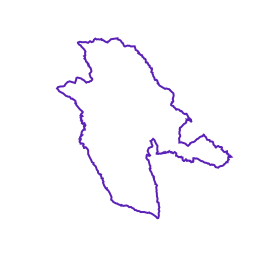 Santo Domingo, Antioquia, Colombia (orthographic projection), rotated 44°
{"feature_id": "7082276B22533299830679", "entity_name": "Santo Domingo", "entity_type": "district", "adm_level": 2, "iso_a3": "COL", "parent_name": "Colombia", "parent_adm1": "Antioquia", "projection": "orthographic", "projection_center": [-75.13, 6.474], "detail": "fine", "context": "isolated", "style": "outline", "palette": "violet", "viewbox_px": 256, "rotation_deg": 44, "n_neighbors": 0, "source": "geoboundaries", "source_scale": "gbopen_adm2", "svg_char_len": 5812}
<svg xmlns="http://www.w3.org/2000/svg" viewBox="0 0 256 256"><g transform="rotate(44 128 128)"><path d="M222.3,77.0L220.4,77.0L219.7,78.0L218.3,77.1L216.8,77.7L216.4,76.8L215.4,76.0L214.3,78.1L213.6,78.5L210.8,78.2L210.1,78.4L209.2,76.8L208.6,76.7L207.1,78.0L205.4,78.3L204.9,79.3L204.8,81.0L204.5,81.1L203.0,80.5L201.1,80.6L199.0,79.1L197.9,79.3L196.3,80.7L195.0,80.0L193.1,81.5L190.2,80.4L188.6,80.6L187.5,80.1L187.0,80.3L187.3,82.2L186.5,83.1L186.5,83.6L186.0,84.5L185.8,87.4L185.3,87.9L185.3,91.3L184.8,92.8L184.0,93.7L183.3,95.9L183.7,96.5L183.6,99.1L181.8,99.5L180.4,99.3L176.5,101.1L175.0,102.8L174.2,101.8L172.0,100.1L171.2,97.5L170.2,96.8L169.1,96.6L167.4,94.7L167.0,93.6L166.0,93.0L166.1,92.7L165.2,91.7L165.6,90.5L165.5,86.1L166.1,84.4L165.8,83.3L165.1,82.7L164.9,81.9L165.2,81.4L164.4,81.1L166.2,80.0L166.8,79.3L168.3,79.7L169.7,79.4L168.5,79.1L167.6,78.3L165.7,78.3L165.5,79.1L165.1,79.2L164.5,79.0L163.8,78.2L160.3,77.1L159.8,77.4L159.4,78.4L157.5,79.0L154.8,78.6L154.0,79.5L152.2,79.3L150.0,80.5L149.9,81.3L147.4,80.9L146.5,81.2L145.5,80.7L144.1,81.4L143.0,81.5L142.2,80.3L142.3,79.6L141.7,79.0L142.2,78.4L142.0,77.3L140.1,76.1L138.4,73.0L136.5,71.5L131.9,71.7L131.6,71.5L131.4,70.7L131.3,71.2L127.8,73.2L127.5,74.1L121.0,75.6L119.3,75.2L119.0,74.8L118.6,74.9L118.6,75.3L118.3,75.3L118.0,74.5L116.7,74.1L116.2,73.6L115.0,73.6L114.2,74.7L113.1,74.4L112.3,73.6L110.2,73.2L109.4,72.5L107.9,72.0L107.4,71.2L105.8,71.5L104.8,69.5L103.9,68.6L103.4,69.2L102.4,68.8L101.2,69.1L100.3,68.1L98.9,68.4L96.8,67.5L96.1,67.6L95.7,68.3L95.2,68.4L93.2,66.5L92.4,66.4L91.4,66.9L90.0,66.5L88.7,66.8L87.7,65.9L86.2,66.7L84.7,66.6L84.1,67.1L83.3,67.1L83.2,66.1L81.2,65.9L79.3,66.5L76.1,64.6L73.3,67.4L71.7,67.9L71.3,68.5L70.4,69.0L69.2,71.4L68.7,71.7L67.8,71.6L65.4,70.5L64.2,70.8L62.6,70.3L61.0,70.4L59.1,71.4L58.2,70.7L54.1,75.9L54.0,78.9L53.6,79.7L53.9,80.6L52.3,81.5L49.1,82.1L48.1,82.9L47.1,82.4L46.4,83.8L44.6,85.1L43.9,86.1L42.4,86.4L42.2,88.1L43.0,89.9L42.2,91.5L40.4,91.9L40.1,94.5L38.1,95.4L35.4,98.2L33.5,99.4L32.6,101.3L32.8,101.6L34.8,102.0L36.7,101.4L37.8,101.8L42.0,101.9L44.4,102.6L44.7,103.6L46.8,105.4L46.5,106.7L47.5,106.7L48.5,107.4L48.4,108.3L50.1,108.4L51.8,109.4L52.9,109.1L54.1,109.7L54.7,109.3L55.4,110.2L56.2,110.0L56.5,110.7L57.0,110.5L58.3,110.9L59.0,110.7L60.2,111.2L62.2,112.5L62.5,113.2L62.6,115.7L65.5,117.3L66.2,117.5L67.8,117.3L68.7,118.0L68.8,119.9L68.2,120.6L68.0,121.9L66.6,123.6L66.5,124.3L62.6,124.3L61.5,124.9L60.1,124.8L56.5,126.9L56.2,128.0L57.1,129.2L58.6,132.4L53.6,135.0L52.6,137.1L52.6,140.2L53.1,141.8L52.4,143.2L50.5,145.1L49.2,147.3L49.5,148.9L50.7,148.8L53.0,149.4L57.5,148.1L60.9,148.0L63.3,147.0L64.0,146.2L65.2,146.1L66.6,146.5L67.8,145.4L68.5,145.6L69.9,145.1L71.7,145.2L72.9,146.8L73.6,146.3L74.6,147.3L80.4,148.0L84.1,147.8L84.7,148.4L84.5,150.0L85.0,151.5L85.4,151.0L87.0,151.1L86.4,153.1L86.7,153.6L87.7,153.6L88.5,154.9L89.6,154.5L89.7,155.4L90.9,155.4L91.5,156.6L92.7,156.4L92.7,155.8L93.3,154.8L94.7,155.5L94.8,156.2L95.5,155.8L95.7,156.4L95.3,156.8L95.3,157.6L97.5,158.7L97.3,159.2L97.9,159.4L97.3,160.1L97.1,161.3L97.6,163.3L98.8,164.6L99.0,165.4L100.0,164.9L99.9,167.9L100.3,168.4L100.9,168.4L100.8,169.2L101.3,168.9L101.8,169.0L101.7,169.6L102.3,170.0L102.2,170.9L102.9,171.6L104.1,171.6L104.8,172.2L106.2,170.6L107.2,170.4L107.7,170.7L108.1,172.1L109.1,172.2L110.2,172.9L110.6,172.5L110.7,171.4L111.1,171.1L114.1,171.4L115.1,172.0L117.7,174.6L118.5,174.7L120.5,175.6L123.8,176.6L125.7,177.6L127.6,177.1L128.2,178.1L131.6,178.1L134.7,179.7L136.2,179.8L137.5,180.9L139.5,181.1L140.2,180.4L141.0,180.2L141.4,181.1L143.1,181.8L143.8,182.5L145.0,181.8L145.6,182.9L147.8,183.7L147.9,184.6L150.9,186.0L153.7,186.8L154.6,186.0L155.4,187.0L156.9,186.6L160.1,187.5L164.1,189.1L165.7,191.3L167.1,191.1L168.8,191.4L172.0,190.5L172.9,189.7L174.1,189.7L175.6,188.9L176.9,188.7L176.8,187.9L178.6,187.4L180.8,184.7L182.0,184.2L183.8,184.1L185.3,182.6L186.8,182.6L187.9,182.0L189.9,182.3L190.7,181.5L192.3,181.2L194.2,179.8L195.5,179.7L197.8,177.3L201.2,175.4L202.0,174.0L203.0,174.0L204.0,173.3L206.3,172.8L209.8,172.3L211.5,172.5L212.1,172.2L212.3,171.7L211.1,169.6L209.3,168.1L208.3,166.0L206.5,165.2L205.8,163.4L204.1,162.4L202.1,160.5L201.6,160.4L200.9,161.0L200.0,160.6L198.4,158.3L196.4,157.1L193.6,154.5L192.6,154.0L191.9,152.9L189.4,151.0L188.8,149.2L187.5,149.0L186.4,149.3L186.0,148.6L182.4,147.0L181.7,146.1L180.8,146.0L180.6,145.1L179.8,144.9L178.7,145.1L175.1,143.4L173.5,143.2L171.9,142.2L172.3,141.5L171.4,141.0L170.5,139.8L169.4,139.6L165.1,136.9L164.0,137.3L162.0,136.8L160.4,134.7L160.3,134.1L161.5,133.9L162.9,133.0L162.9,132.3L161.3,132.2L158.1,130.9L156.9,128.1L157.6,126.1L158.3,125.1L158.2,124.2L157.7,123.6L155.7,122.9L155.0,122.1L153.3,121.8L153.7,120.4L153.6,118.4L155.4,118.3L158.5,119.6L161.7,120.4L163.2,122.4L164.9,123.9L165.9,124.4L166.0,126.1L166.5,126.6L167.9,125.5L168.6,124.1L169.3,123.9L170.1,122.7L170.0,122.0L170.5,121.8L170.6,121.0L171.0,121.1L171.1,120.6L171.5,120.5L171.4,119.8L171.7,119.9L171.8,119.5L172.5,119.6L173.3,117.4L173.4,117.8L173.7,117.7L173.8,116.5L175.7,115.4L176.2,115.6L176.3,115.0L178.0,114.8L178.3,112.9L180.4,112.7L181.8,114.5L182.4,114.0L184.7,113.8L186.1,111.9L186.5,112.3L187.7,111.3L189.4,113.0L191.0,113.0L191.4,112.6L191.4,110.3L193.3,110.7L193.5,109.8L194.1,109.6L194.5,109.0L195.3,109.0L195.7,108.3L197.2,108.7L197.8,107.8L197.7,107.4L198.3,107.2L198.2,106.6L196.0,104.4L196.6,103.7L197.9,103.1L198.4,102.3L199.7,101.7L203.8,100.9L204.7,100.1L206.9,99.8L208.8,98.5L210.3,98.1L210.7,97.4L212.6,97.5L213.1,97.2L213.6,96.0L214.5,95.8L215.0,95.1L215.9,94.7L218.2,95.3L220.5,93.8L220.5,92.6L221.0,91.2L222.1,89.8L222.6,88.4L222.3,86.9L222.7,86.1L222.4,84.1L223.4,83.5L222.4,82.0L222.4,80.7L221.6,80.7L220.4,79.4L220.5,78.8L221.4,78.2L222.3,77.0Z" fill="none" stroke="#5b21b6" stroke-width="2"/></g></svg>